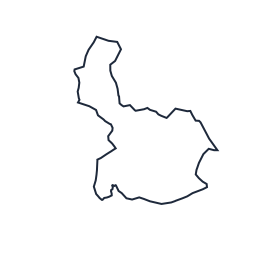 Ila, Osun, Nigeria (Robinson projection), rotated 146°
{"feature_id": "59680162B66079212084305", "entity_name": "Ila", "entity_type": "district", "adm_level": 2, "iso_a3": "NGA", "parent_name": "Nigeria", "parent_adm1": "Osun", "projection": "robinson", "projection_center": [4.917, 7.969], "detail": "fine", "context": "isolated", "style": "outline", "palette": "slate", "viewbox_px": 256, "rotation_deg": 146, "n_neighbors": 0, "source": "geoboundaries", "source_scale": "gbopen_adm2", "svg_char_len": 1664}
<svg xmlns="http://www.w3.org/2000/svg" viewBox="0 0 256 256"><g transform="rotate(146 128 128)"><path d="M189.3,82.7L186.8,83.3L184.4,82.2L182.2,81.6L179.2,81.2L178.2,82.8L177.4,85.2L176.6,86.0L175.2,85.9L173.8,87.3L173.2,89.2L172.6,89.2L171.7,87.6L170.4,87.6L170.1,87.2L171.0,81.0L170.7,80.3L169.6,77.5L169.6,77.4L168.6,70.6L166.0,67.9L164.8,66.6L164.6,66.4L157.5,64.2L154.5,60.3L150.8,55.0L142.7,46.3L133.8,42.1L129.9,41.1L129.1,41.0L122.3,39.3L117.1,38.2L110.9,37.9L100.3,35.4L95.6,34.8L94.1,37.6L96.1,41.8L97.3,46.8L97.8,51.6L94.6,55.0L93.2,56.0L88.7,59.4L80.1,64.2L72.7,65.6L69.0,61.4L66.3,59.6L66.7,73.8L64.7,92.1L65.1,94.2L67.8,96.3L67.4,102.7L66.8,107.3L69.5,108.8L77.8,117.5L89.8,114.8L90.4,114.8L93.6,119.5L95.2,122.3L95.6,125.8L99.6,130.7L100.7,133.8L104.2,134.6L112.0,138.0L112.4,138.9L113.6,145.9L119.6,148.4L120.5,150.5L121.2,153.1L119.7,155.8L117.7,159.3L117.8,160.2L114.7,166.3L112.7,172.3L112.3,180.2L110.6,185.4L107.3,190.4L101.2,190.8L89.8,197.2L88.8,205.4L95.4,211.2L103.0,221.2L108.5,218.2L116.9,214.9L122.9,211.1L130.4,203.7L139.5,206.4L140.7,205.2L141.4,201.9L141.1,197.2L143.0,192.8L146.4,188.9L149.3,186.4L152.1,180.2L152.5,178.5L155.2,177.1L147.9,167.7L144.4,160.8L145.8,155.3L143.5,148.8L143.1,146.5L140.9,141.7L140.1,140.6L140.7,136.7L142.5,134.6L149.0,132.3L150.9,128.8L149.8,124.0L149.6,120.2L149.6,118.0L152.0,118.1L155.1,118.1L157.3,118.2L160.7,118.3L161.8,118.3L164.1,118.3L165.9,118.3L167.4,118.3L171.1,118.9L171.6,118.1L175.7,112.6L177.4,110.3L180.3,106.8L182.9,103.9L184.1,102.6L184.7,102.1L189.1,98.5L191.3,91.1L190.8,87.3L190.7,85.8L190.3,84.5L189.9,83.1L189.3,82.7Z" fill="none" stroke="#1e293b" stroke-width="2"/></g></svg>